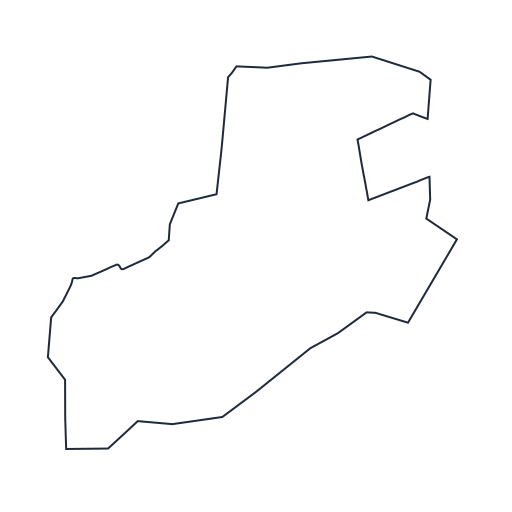 outline of Bayan, Töv, Mongolia, rotated 95°
{"feature_id": "93677404B58656077774503", "entity_name": "Bayan", "entity_type": "district", "adm_level": 2, "iso_a3": "MNG", "parent_name": "Mongolia", "parent_adm1": "Töv", "projection": "natural_earth1", "projection_center": [107.657, 47.138], "detail": "fine", "context": "isolated", "style": "outline", "palette": "slate", "viewbox_px": 512, "rotation_deg": 95, "n_neighbors": 0, "source": "geoboundaries", "source_scale": "gbopen_adm2", "svg_char_len": 2110}
<svg xmlns="http://www.w3.org/2000/svg" viewBox="0 0 512 512"><g transform="rotate(95 256 256)"><path d="M247.2,69.3L221.9,57.3L203.9,89.6L184.6,87.4L162.0,90.1L162.6,91.7L165.2,96.9L166.6,99.7L167.3,100.9L167.5,101.1L169.5,105.4L171.0,108.5L174.4,115.5L175.4,117.6L179.3,125.5L179.9,126.9L180.0,127.2L180.2,127.4L180.3,127.7L185.1,137.5L189.5,146.6L189.8,147.3L190.1,147.8L190.6,148.6L190.7,148.9L186.8,150.0L181.3,151.4L180.2,151.8L175.4,153.1L171.0,154.3L170.8,154.4L170.7,154.4L169.7,154.7L169.2,154.8L167.7,155.2L167.3,155.3L167.1,155.4L166.6,155.6L166.0,155.8L165.8,155.8L155.0,158.8L141.0,162.4L138.6,163.0L131.1,165.0L121.1,148.1L120.7,147.4L120.2,146.4L118.5,143.4L113.2,134.6L110.6,130.1L107.2,124.4L105.1,120.4L102.1,115.6L100.2,112.0L100.6,110.9L103.1,102.3L104.5,97.0L65.2,97.4L58.2,109.1L55.7,120.2L49.3,148.5L47.2,158.0L60.0,227.3L67.5,261.3L67.7,267.4L68.8,292.0L75.4,295.8L80.3,299.4L144.6,299.6L155.5,299.7L197.9,300.7L210.4,338.0L231.9,344.6L248.0,344.3L249.8,346.1L253.6,349.7L255.9,352.1L257.9,354.2L258.9,355.3L259.9,356.5L265.6,361.4L266.3,362.1L266.6,362.4L267.2,363.4L268.7,366.0L270.4,369.1L272.2,372.3L274.5,376.4L275.5,378.0L277.7,382.1L280.0,385.9L280.7,387.3L280.8,387.7L280.8,388.2L280.7,388.7L280.4,389.4L279.9,389.8L279.3,390.2L278.6,390.7L277.9,391.2L277.4,391.7L277.0,392.2L276.8,392.7L276.7,393.2L276.7,393.8L277.0,394.5L278.1,396.6L279.7,399.7L281.3,402.4L283.0,405.4L285.4,409.7L288.3,415.1L290.1,418.3L290.5,419.8L291.4,423.1L292.3,426.4L292.7,427.7L293.6,430.9L293.8,431.9L293.7,433.1L293.7,434.6L293.8,435.2L294.0,436.0L294.4,436.4L295.0,436.7L295.6,436.8L297.5,437.0L299.4,437.4L301.0,437.8L303.8,438.8L306.2,439.8L307.8,440.4L307.9,440.5L308.0,440.5L311.7,441.9L315.2,443.4L315.6,443.5L316.3,443.8L318.7,444.8L318.8,444.9L321.6,446.6L325.0,448.6L328.5,450.7L330.0,451.7L333.7,453.9L334.4,454.3L335.0,454.7L336.0,454.7L375.0,454.5L395.9,435.4L434.5,431.9L464.8,428.3L460.7,386.6L440.8,368.4L430.8,359.4L430.8,324.7L419.3,275.5L391.4,244.2L343.0,193.7L325.8,167.8L302.5,140.9L302.2,132.1L309.2,98.8L247.2,69.3Z" fill="none" stroke="#1e293b" stroke-width="2"/></g></svg>